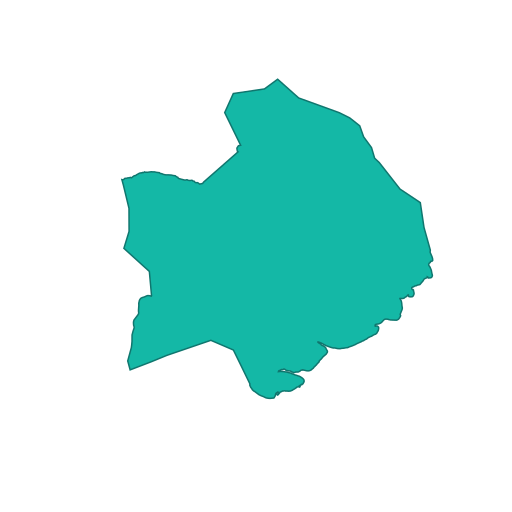 Zavxan, Uvs, Mongolia (Albers equal-area conic projection), rotated 127°
{"feature_id": "93677404B25640564843773", "entity_name": "Zavxan", "entity_type": "district", "adm_level": 2, "iso_a3": "MNG", "parent_name": "Mongolia", "parent_adm1": "Uvs", "projection": "albers", "projection_center": [93.393, 48.88], "detail": "fine", "context": "isolated", "style": "filled", "palette": "teal", "viewbox_px": 512, "rotation_deg": 127, "n_neighbors": 0, "source": "geoboundaries", "source_scale": "gbopen_adm2", "svg_char_len": 6082}
<svg xmlns="http://www.w3.org/2000/svg" viewBox="0 0 512 512"><g transform="rotate(127 256 256)"><path d="M353.7,154.9L352.9,154.7L352.2,154.9L351.3,154.7L350.3,154.8L350.0,154.7L349.0,154.0L347.9,153.6L347.5,153.0L346.4,152.0L346.2,151.6L346.1,151.1L345.1,149.9L344.6,148.9L343.2,147.3L341.4,146.2L340.9,146.1L339.8,145.6L337.5,144.7L336.4,144.5L335.7,144.2L335.3,143.8L335.1,143.6L334.7,143.4L334.6,142.8L334.6,142.5L334.5,142.3L334.3,142.2L333.6,142.3L333.5,142.5L333.4,142.6L333.5,143.3L333.4,143.3L332.8,142.8L332.4,142.8L332.1,142.6L332.0,142.4L331.8,142.4L331.7,142.5L331.2,142.5L330.8,142.1L330.8,141.9L330.7,141.9L330.4,141.8L330.0,141.6L329.5,141.6L329.3,141.7L328.9,141.7L328.7,141.8L328.3,141.8L328.0,142.0L327.7,141.9L327.2,142.1L326.9,142.4L326.6,142.6L326.3,142.9L326.0,143.4L325.8,144.0L325.7,144.9L325.6,145.6L325.7,147.3L325.9,149.0L326.3,149.9L326.9,151.9L327.7,153.8L328.0,155.4L328.4,156.4L328.8,158.3L329.3,159.3L330.3,161.7L331.5,164.0L333.3,166.8L334.9,168.5L334.6,168.6L334.3,168.4L334.0,168.6L333.8,168.7L333.3,168.2L332.4,167.9L332.3,167.6L331.3,167.3L330.9,166.7L330.6,166.2L329.6,165.8L329.3,165.4L329.2,164.9L329.1,164.5L329.2,163.5L329.1,163.0L327.1,159.0L327.1,158.7L327.0,157.7L326.6,156.4L326.4,155.7L325.7,155.0L324.8,154.5L323.5,152.8L323.0,152.3L321.2,151.5L320.8,151.5L320.4,151.4L319.1,150.5L318.8,150.3L318.7,150.1L318.9,149.8L318.4,149.3L317.3,146.7L316.8,145.9L316.1,144.9L315.2,144.1L313.7,143.3L312.4,143.1L311.0,142.7L310.0,142.8L309.1,142.6L308.6,142.5L307.7,142.5L306.6,142.2L306.0,142.3L302.5,141.9L302.0,142.3L299.6,142.1L299.2,141.9L296.2,141.8L292.2,140.9L289.9,141.1L289.5,141.3L289.0,141.7L288.6,142.6L288.2,143.6L287.8,144.4L287.5,144.8L287.3,145.3L287.2,145.9L287.3,147.6L287.4,148.8L287.7,149.2L287.8,149.6L287.5,151.7L287.5,152.3L287.7,154.0L287.6,154.4L287.5,154.8L287.3,154.8L286.9,153.9L286.2,151.3L285.6,147.3L285.3,145.7L284.2,142.1L283.6,140.4L283.0,139.0L282.0,137.7L280.9,135.2L280.1,134.0L279.4,133.0L278.3,132.1L276.8,130.4L275.0,128.8L274.0,127.6L272.7,127.0L269.9,125.1L266.8,123.3L265.5,122.8L263.7,121.8L261.9,120.8L261.3,120.4L259.9,119.9L258.9,119.1L257.7,118.8L255.7,117.7L253.6,117.2L251.5,116.1L250.5,115.4L248.5,114.7L247.2,114.0L246.7,113.6L246.2,113.4L245.6,113.2L244.7,113.1L244.0,113.3L242.4,113.4L241.2,113.8L239.9,114.5L239.3,115.0L239.0,115.5L238.9,116.4L238.9,116.9L239.3,117.6L239.6,118.0L240.0,118.1L240.2,118.3L240.3,118.6L240.2,118.8L239.7,119.1L239.1,119.4L238.7,119.3L237.8,118.6L236.9,117.6L235.7,116.7L234.3,116.0L233.0,115.7L230.4,115.5L229.3,115.2L229.0,115.0L228.3,114.4L227.7,113.5L227.0,112.4L227.0,112.0L226.0,109.9L222.8,105.3L222.4,104.9L220.6,104.1L218.3,104.2L216.7,104.5L215.8,105.8L210.9,107.1L209.5,107.8L207.9,109.5L205.9,111.3L205.0,112.3L204.4,113.1L203.4,115.5L203.2,115.5L201.8,113.4L201.0,112.7L200.6,112.4L199.2,112.1L198.6,111.8L197.8,111.4L196.0,111.2L195.7,111.2L195.4,111.1L195.4,110.8L196.1,110.2L196.4,109.7L196.4,109.3L195.9,108.4L194.9,107.1L194.5,106.7L193.9,106.5L193.1,106.4L191.3,106.9L191.0,107.1L190.7,107.3L190.2,107.8L189.3,108.9L188.4,109.8L188.3,110.3L188.7,110.6L188.7,110.8L188.5,111.7L188.2,112.1L187.6,112.5L186.9,112.4L186.3,112.1L185.8,111.6L184.7,111.3L183.9,110.7L183.4,110.2L182.9,109.9L182.3,109.7L181.8,109.4L181.2,108.7L180.1,107.9L177.9,107.8L175.6,107.6L173.8,107.8L173.0,107.8L172.6,107.7L171.8,107.1L170.9,106.7L170.4,106.3L170.0,106.3L169.5,106.7L169.4,106.2L169.8,105.0L168.3,103.4L167.9,103.1L167.1,102.9L166.1,103.1L165.7,103.2L165.1,103.7L164.0,105.1L161.9,107.4L160.4,109.9L159.9,110.9L159.7,111.8L159.5,112.4L159.0,112.9L157.7,113.4L157.0,113.1L156.3,113.0L155.8,113.0L155.6,113.2L155.1,113.3L154.2,112.3L153.5,112.2L153.2,112.2L152.0,113.2L151.5,113.8L150.5,115.2L148.7,118.4L148.3,119.1L147.8,119.5L147.4,119.7L146.4,120.3L132.1,139.0L114.5,156.9L115.9,181.2L107.2,213.8L106.5,220.1L99.9,229.0L96.1,241.7L89.6,251.5L89.3,264.2L91.4,275.6L104.1,317.0L101.8,345.1L117.5,349.8L139.9,371.9L160.3,367.3L176.8,334.9L178.4,336.3L178.8,336.4L179.8,336.3L181.3,336.2L182.0,335.6L183.5,334.0L183.6,333.0L228.4,342.3L230.2,342.3L232.5,344.3L232.5,346.2L232.5,346.5L232.8,347.2L233.4,347.8L233.7,348.4L233.8,349.3L233.5,350.5L234.1,351.5L234.0,352.5L234.6,353.4L235.2,353.8L235.5,354.2L236.4,355.8L236.5,356.1L236.5,356.6L236.6,356.9L237.1,357.5L237.8,358.0L238.4,358.9L239.2,360.9L239.5,361.5L240.6,364.4L240.7,364.8L240.2,365.7L240.2,365.8L240.4,366.2L240.5,367.2L240.6,367.9L240.5,368.8L241.1,369.8L241.6,370.7L242.3,372.3L244.0,374.9L244.9,376.1L245.4,376.7L246.3,378.5L246.7,379.7L246.9,380.6L247.3,381.5L247.7,382.1L247.6,383.3L249.1,385.9L249.9,387.7L250.9,389.0L251.7,390.3L254.7,393.3L255.0,393.9L255.8,394.8L255.8,395.5L256.1,395.7L256.9,396.0L257.4,396.3L257.5,396.8L258.0,397.0L258.3,397.4L258.6,397.5L259.3,398.4L260.2,399.0L263.1,400.3L264.2,400.6L264.6,400.9L265.0,401.4L265.3,401.6L267.2,402.2L267.8,402.3L268.4,402.5L268.6,402.7L268.8,403.6L269.0,403.8L270.0,404.4L270.5,405.2L271.9,406.2L272.3,406.8L273.0,407.5L273.5,407.6L273.9,407.6L274.6,407.7L275.0,408.0L275.4,408.4L275.7,409.1L279.5,404.2L294.4,386.1L312.7,372.2L329.4,366.1L332.5,331.9L350.6,315.5L351.0,315.4L351.2,315.6L351.5,316.6L352.2,317.9L353.0,318.9L354.3,319.7L355.7,320.4L357.6,321.8L359.0,322.5L359.4,322.6L361.0,322.5L361.6,322.4L364.3,321.2L365.9,319.9L369.9,317.3L371.3,316.2L371.8,315.6L372.6,315.2L372.9,315.0L373.9,314.9L379.9,314.9L380.6,314.9L381.3,314.6L382.5,314.1L383.9,313.0L384.9,312.1L385.6,311.1L386.6,310.1L389.9,309.0L393.6,307.5L399.0,303.5L402.1,301.6L404.2,300.4L417.0,295.3L422.7,288.0L403.5,276.0L389.0,267.4L350.5,241.3L344.7,217.5L353.3,200.5L361.8,183.9L362.8,183.3L363.2,182.7L364.0,181.3L364.5,179.6L365.0,178.4L365.1,177.4L365.2,176.6L365.0,175.7L365.0,170.2L364.5,167.7L364.1,166.4L363.8,165.3L363.4,163.1L363.0,162.0L361.8,159.8L361.1,158.9L358.8,156.4L358.4,156.2L358.2,156.2L357.1,156.4L356.5,156.4L353.9,157.4L353.0,157.3L351.4,156.7L351.4,156.4L351.5,156.2L352.0,155.7L352.5,155.4L353.2,155.5L353.7,156.0L353.9,155.9L354.2,155.5L354.2,155.2L353.7,154.9Z" fill="#14b8a6" stroke="#0f766e" stroke-width="1.5"/></g></svg>